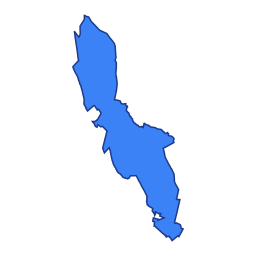 the district of San Buenaventura, Coahuila, Mexico
{"feature_id": "50627088B12868426200060", "entity_name": "San Buenaventura", "entity_type": "district", "adm_level": 2, "iso_a3": "MEX", "parent_name": "Mexico", "parent_adm1": "Coahuila", "projection": "equal_earth", "projection_center": [-101.864, 27.841], "detail": "fine", "context": "isolated", "style": "filled", "palette": "blue", "viewbox_px": 256, "rotation_deg": 0, "n_neighbors": 0, "source": "geoboundaries", "source_scale": "gbopen_adm2", "svg_char_len": 5112}
<svg xmlns="http://www.w3.org/2000/svg" viewBox="0 0 256 256"><path d="M173.9,142.5L173.4,141.4L173.7,140.2L174.0,138.4L172.0,136.4L168.4,135.5L168.3,134.8L168.6,133.8L167.9,133.5L167.6,132.6L165.4,133.5L164.1,132.6L163.8,131.6L162.8,131.3L161.5,129.6L161.2,129.5L158.2,129.0L157.2,128.9L156.4,128.3L155.7,127.9L154.7,127.6L153.9,127.3L153.4,127.5L152.5,127.2L151.9,127.1L151.3,127.2L150.7,127.0L149.8,126.1L149.4,126.2L149.0,125.9L148.6,125.4L148.3,125.2L148.2,125.2L146.7,124.8L146.2,124.7L145.5,124.3L145.4,124.2L144.8,123.5L144.3,123.4L144.0,123.5L144.0,123.9L144.0,124.0L143.2,127.4L143.0,127.2L142.7,127.0L142.4,127.0L142.0,126.6L141.7,126.8L141.4,126.6L140.7,127.0L140.0,126.8L139.7,126.7L138.9,126.6L137.9,125.2L137.4,125.1L137.1,124.9L136.7,124.9L135.8,124.2L135.7,123.7L135.2,123.4L134.7,123.4L134.5,123.1L134.1,123.0L134.1,122.9L133.9,122.4L133.2,121.2L132.9,120.9L132.7,120.4L132.5,119.9L132.5,118.9L132.0,118.5L131.4,118.2L130.8,116.5L130.5,116.4L130.2,116.5L130.0,115.8L129.7,115.7L129.4,115.3L129.1,113.9L128.7,112.9L128.2,112.7L128.1,112.4L127.7,112.3L127.2,111.4L126.4,110.9L126.5,110.2L126.6,109.9L126.4,109.2L126.5,108.5L126.9,107.8L127.2,107.2L127.4,107.2L127.4,106.5L127.1,106.1L126.8,105.7L126.4,105.6L126.1,105.7L125.8,105.2L125.7,104.9L125.6,104.5L125.8,103.7L125.2,103.6L123.2,104.1L121.4,103.6L120.7,102.2L120.1,100.9L117.7,100.2L114.5,99.8L116.6,89.5L116.6,88.9L117.1,84.5L117.1,82.5L116.7,79.8L116.3,76.1L115.9,74.8L115.8,74.4L115.9,72.3L115.9,72.1L116.0,71.6L116.0,70.6L116.2,69.7L116.1,69.0L116.3,68.3L116.4,67.5L116.2,66.7L116.3,65.6L116.4,64.0L116.3,62.3L115.5,61.3L115.1,60.9L116.0,57.1L115.6,53.4L115.3,48.2L115.2,46.3L114.3,43.5L112.1,40.5L110.1,38.1L106.9,33.6L103.3,31.9L99.7,30.3L96.4,26.8L93.0,23.2L91.4,21.7L89.2,17.8L88.7,17.0L86.7,16.5L84.4,15.4L84.3,19.6L82.2,22.8L80.1,26.1L80.1,28.5L80.2,32.5L80.2,34.4L78.8,37.1L76.5,34.1L74.3,31.2L74.7,33.5L75.3,38.1L75.5,39.4L76.6,46.8L77.1,50.0L77.5,53.2L77.8,56.0L78.2,58.8L78.6,60.5L78.6,60.9L78.0,61.1L72.9,66.7L73.3,68.2L74.0,69.9L75.1,72.1L76.5,74.7L77.8,77.2L77.8,77.3L78.1,78.2L78.1,78.6L78.2,78.9L78.5,79.5L78.7,80.3L78.7,80.7L79.0,81.2L79.4,81.9L79.6,82.8L79.7,83.6L80.0,84.3L80.5,85.0L80.8,85.8L81.1,86.1L81.0,86.8L81.1,87.1L82.1,90.5L84.2,99.5L83.9,104.0L85.1,106.2L85.4,106.7L85.4,106.8L85.5,106.9L85.5,107.0L85.6,107.3L85.9,107.5L86.1,107.6L85.9,108.1L86.2,108.8L86.4,109.1L86.7,109.4L86.7,109.8L86.9,110.1L87.3,110.6L87.6,111.0L89.3,109.5L91.0,108.0L93.1,106.2L93.8,105.6L94.3,105.5L94.8,106.1L97.3,110.0L98.5,109.2L99.4,110.5L101.1,113.2L97.6,119.5L97.0,119.8L97.1,120.2L95.9,120.8L94.8,121.5L92.4,121.5L92.6,121.8L94.1,123.6L94.6,124.5L94.7,124.9L95.2,125.7L95.3,126.2L96.0,126.8L96.5,127.0L97.0,127.2L97.9,124.7L100.7,126.8L101.3,126.7L102.5,126.4L107.0,131.0L105.1,138.5L102.7,148.1L104.4,152.9L109.1,147.7L110.4,151.3L110.4,152.3L110.7,152.9L110.9,154.6L111.2,155.8L111.5,157.3L111.6,158.1L111.8,158.9L112.1,159.7L112.1,160.3L112.4,160.9L113.1,162.9L113.1,163.3L113.8,165.1L114.5,166.1L115.9,168.6L116.0,169.1L116.4,169.6L116.8,170.5L117.2,171.4L118.0,172.5L118.8,173.1L119.6,173.6L120.6,174.3L121.4,175.3L122.0,176.0L123.0,177.3L123.3,177.5L127.8,178.8L129.4,177.7L130.3,175.8L130.8,175.8L136.2,175.7L136.5,176.2L138.1,179.3L139.1,181.4L139.8,182.3L141.8,186.5L144.4,191.0L146.9,196.0L146.8,201.5L146.6,201.5L147.1,204.0L147.3,204.9L148.1,204.9L148.5,206.0L149.2,206.4L152.8,208.5L152.2,210.9L153.8,213.2L154.3,214.0L154.7,214.6L154.7,215.2L154.7,215.3L155.6,213.9L155.4,213.4L155.0,212.6L155.1,211.9L155.3,211.9L155.5,211.8L155.8,212.0L157.1,212.7L159.7,214.2L159.8,214.0L160.0,213.4L160.8,213.8L159.8,216.0L164.1,217.9L158.1,220.2L158.5,219.3L154.7,218.3L153.4,217.9L152.8,220.9L152.8,221.3L153.2,221.5L154.0,221.7L154.5,221.8L154.4,223.0L154.5,223.0L154.1,226.1L154.4,226.1L154.6,226.0L154.9,226.2L155.1,226.4L157.5,228.6L162.3,233.0L162.9,233.5L163.2,233.8L163.5,234.0L163.9,234.4L164.2,234.6L164.9,235.1L165.2,235.0L165.6,235.6L165.6,236.2L165.9,236.6L166.3,236.2L166.5,236.8L166.7,236.7L167.2,236.6L167.8,236.6L168.0,236.5L168.5,236.4L168.9,236.2L169.0,236.3L169.0,236.5L169.3,236.7L169.3,236.8L169.6,237.2L169.8,237.4L169.9,237.5L170.2,237.6L170.4,237.8L171.1,239.1L171.3,239.3L171.7,239.9L172.1,240.6L172.9,240.0L173.1,239.8L174.4,238.7L176.0,237.4L177.9,235.8L178.1,236.0L178.9,236.7L179.0,236.5L179.7,235.2L180.7,233.4L181.3,232.4L181.8,231.4L181.9,231.1L182.2,230.7L182.4,230.2L182.6,229.8L182.9,229.4L183.1,228.9L181.2,228.2L181.0,227.3L180.7,225.8L180.6,225.2L179.9,224.5L178.5,223.8L178.2,223.7L177.6,223.4L176.6,223.0L176.5,222.9L176.4,222.9L175.9,223.0L175.5,223.3L175.4,223.1L175.2,223.0L175.0,222.9L174.9,222.9L174.8,223.0L174.5,222.8L174.6,222.1L174.7,221.7L175.9,216.5L176.7,213.5L177.9,208.0L178.5,205.6L178.8,204.4L179.9,199.6L178.3,199.5L176.5,199.5L178.6,189.7L175.2,183.4L174.5,181.9L174.3,178.1L174.1,175.2L174.0,174.3L173.7,173.4L173.1,172.2L172.2,170.3L171.9,169.4L170.9,168.2L169.7,165.7L168.8,164.3L167.9,162.6L166.7,160.2L166.3,159.5L164.8,156.2L164.8,155.3L164.5,153.6L164.1,151.7L163.2,148.3L167.4,146.1L173.9,142.5Z" fill="#3b82f6" stroke="#1e3a8a" stroke-width="1.5"/></svg>